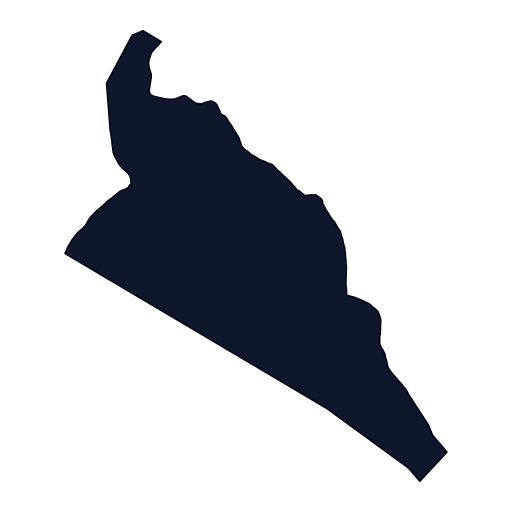 outline of Bagatelle, Castries, Saint Lucia
{"feature_id": "8701671B55457269732014", "entity_name": "Bagatelle", "entity_type": "district", "adm_level": 2, "iso_a3": "LCA", "parent_name": "Saint Lucia", "parent_adm1": "Castries", "projection": "mercator", "projection_center": [-60.981, 13.998], "detail": "fine", "context": "isolated", "style": "filled", "palette": "ink", "viewbox_px": 512, "rotation_deg": 0, "n_neighbors": 0, "source": "geoboundaries", "source_scale": "gbopen_adm2", "svg_char_len": 3667}
<svg xmlns="http://www.w3.org/2000/svg" viewBox="0 0 512 512"><path d="M408.6,394.4L408.3,393.8L408.0,393.3L407.3,391.8L406.7,390.6L405.5,388.7L404.5,387.7L403.8,387.0L402.2,384.7L400.1,382.4L399.3,381.6L398.2,380.6L397.2,379.1L396.8,378.6L395.7,377.3L395.4,376.9L393.1,374.4L391.5,372.5L389.5,369.8L388.1,367.4L387.4,364.9L387.1,363.3L386.9,362.4L386.6,360.7L386.4,359.9L385.7,358.1L384.9,354.0L384.5,353.2L383.9,352.1L382.9,350.0L381.6,348.1L379.8,344.2L379.7,342.1L379.8,340.0L379.8,338.9L379.8,338.2L379.7,337.1L380.2,334.4L380.4,333.4L380.3,331.5L380.5,328.8L380.5,326.1L380.8,322.3L380.8,321.0L380.8,319.8L380.4,318.6L380.2,317.8L379.9,316.7L379.5,315.1L377.8,311.4L376.8,310.3L374.8,308.6L373.0,307.1L370.3,304.6L368.2,303.2L366.2,302.3L360.7,299.7L358.6,298.9L355.9,297.7L355.4,297.6L353.1,296.9L351.8,296.6L349.8,295.9L347.9,295.5L346.8,294.9L346.6,293.7L346.6,291.8L346.6,290.5L346.3,287.2L346.0,285.1L346.0,284.3L346.0,282.7L346.0,281.3L346.0,280.2L346.1,276.6L346.2,274.5L346.3,272.0L346.3,270.5L346.4,269.3L346.4,266.2L346.1,264.5L346.0,263.4L346.0,260.7L345.8,259.1L345.7,258.5L345.5,255.2L345.4,254.2L345.3,252.7L345.1,251.5L344.9,249.9L344.8,248.5L344.7,247.7L343.9,245.0L343.5,243.7L343.2,241.9L343.0,240.8L342.7,239.2L342.1,237.4L341.8,236.6L340.9,233.8L340.8,233.0L340.3,231.1L339.9,230.7L337.4,227.0L334.4,221.6L332.3,219.5L331.7,218.8L331.3,218.2L328.1,212.9L325.7,209.2L325.4,208.6L325.2,208.1L323.9,205.3L323.2,204.4L322.5,203.6L322.6,202.3L322.7,201.2L322.4,200.8L321.2,198.6L316.0,194.9L310.5,194.9L304.7,195.5L301.8,193.1L301.4,192.7L299.3,190.9L298.4,190.5L297.1,190.1L296.7,189.5L295.3,187.7L292.2,184.3L291.2,183.0L289.7,181.3L288.9,180.5L287.8,179.5L286.2,178.0L285.7,177.4L285.1,177.0L283.5,175.7L282.5,174.6L281.6,173.8L279.7,171.9L279.1,171.5L277.9,170.4L275.6,168.0L273.8,166.0L271.9,164.3L269.9,163.8L266.8,162.5L264.1,161.2L263.1,160.9L261.6,160.4L259.2,159.2L256.4,157.5L254.8,156.5L254.3,156.2L253.5,155.8L252.0,154.9L251.4,154.5L249.9,153.3L247.5,151.2L246.4,150.6L245.5,150.1L243.6,148.3L241.6,146.1L240.9,143.5L240.0,141.0L239.7,140.1L239.5,139.4L239.4,138.7L238.0,136.2L236.2,133.3L235.2,131.5L234.5,130.4L233.7,129.2L232.5,127.2L231.3,125.3L230.2,123.7L229.1,122.2L227.8,120.0L227.0,118.8L226.5,118.2L226.0,117.4L225.0,116.1L222.0,114.6L221.0,114.1L220.0,111.6L216.8,104.6L215.0,102.8L213.7,102.0L212.7,101.5L211.6,101.2L210.9,101.0L209.8,101.2L206.6,102.0L204.5,102.7L201.0,104.0L196.0,103.2L192.6,101.0L188.9,98.2L186.0,96.1L185.1,95.9L183.7,95.6L182.6,96.0L180.8,96.5L179.4,97.2L178.8,97.5L176.5,98.3L174.7,99.0L173.7,99.1L172.9,99.2L170.1,99.2L167.2,99.0L165.1,98.8L158.2,97.3L157.1,97.0L155.4,96.7L153.0,95.9L151.1,94.9L150.0,93.6L149.7,93.0L149.4,91.5L149.3,89.9L149.7,87.4L150.0,85.3L150.6,81.7L151.3,76.7L151.2,74.0L150.7,72.5L149.8,69.5L149.3,67.7L148.8,66.0L148.7,64.1L148.6,62.6L148.9,61.2L149.2,59.6L151.2,53.3L151.7,52.5L152.5,51.3L154.2,49.3L154.8,48.6L156.0,47.4L157.1,46.3L159.0,44.3L161.3,41.7L143.1,30.7L132.2,35.1L106.5,83.2L110.2,131.5L110.7,132.3L110.9,134.8L111.6,139.1L112.1,144.8L112.4,146.3L113.1,152.2L114.8,156.7L116.0,158.7L118.2,162.9L119.8,165.2L122.1,167.9L125.8,171.3L128.0,173.2L129.8,175.9L130.8,179.7L131.1,183.8L129.4,185.4L128.5,187.2L127.2,188.2L124.0,189.6L120.4,191.0L117.6,193.1L114.7,195.5L111.6,198.1L107.8,200.9L105.3,203.4L102.7,205.6L99.3,208.6L97.1,210.4L94.4,213.0L91.4,216.0L88.6,219.7L86.3,224.0L85.1,225.7L82.4,228.6L78.4,231.9L76.8,233.7L74.6,236.4L72.4,239.3L70.0,243.3L67.9,246.8L65.6,251.8L65.1,253.6L326.7,408.5L408.5,468.1L419.8,481.3L446.9,452.2L444.2,448.6L432.6,435.2L428.3,424.7L415.0,404.2L408.6,394.4Z" fill="#0f172a" stroke="#020617" stroke-width="1.5"/></svg>